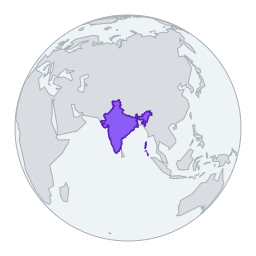 globe centered on India
{"feature_id": "IND", "entity_name": "India", "entity_type": "country or territory", "adm_level": 0, "iso_a3": "IND", "parent_name": "Asia", "parent_adm1": "", "projection": "orthographic", "projection_center": [83.514, 21.122], "detail": "fine", "context": "on_globe", "style": "filled", "palette": "violet", "viewbox_px": 256, "rotation_deg": 0, "n_neighbors": 0, "source": "natural_earth", "source_scale": "50m", "svg_char_len": 15723}
<svg xmlns="http://www.w3.org/2000/svg" viewBox="0 0 256 256"><circle cx="128" cy="128" r="113" fill="#eef3f6" stroke="#a8b0b8"/><path d="M169.0,23.1L170.4,23.7L175.4,25.9L171.9,24.4L183.6,30.2L188.9,33.8L181.0,28.8L178.6,27.7L181.3,29.5L179.5,28.8L179.7,29.3L177.3,28.4L172.9,26.0L171.2,25.4L173.2,26.8L172.0,27.0L169.4,25.0L167.1,25.3L159.2,22.0L154.1,18.8L147.7,17.4L139.3,15.9L149.4,17.4L159.3,19.8L169.0,23.1ZM136.5,15.7L136.3,15.7L135.7,15.6L136.5,15.7ZM126.6,15.4L126.4,15.4L128.0,15.4L127.9,15.5L126.4,15.5L124.7,15.4L125.2,15.4L123.9,15.4L126.6,15.4ZM123.4,15.5L123.0,15.5L122.4,15.5L123.4,15.5ZM120.8,15.6L120.6,15.6L117.2,15.9L120.8,15.6ZM179.5,27.9L177.8,27.0L180.1,28.2L179.5,27.9ZM180.2,29.6L181.2,30.1L180.9,30.2L180.2,29.6ZM177.0,29.0L176.1,29.2L176.2,28.6L177.0,29.0ZM175.1,29.0L173.2,29.7L175.3,30.8L168.2,28.3L172.2,28.3L171.9,27.3L173.4,28.4L175.1,29.0ZM129.2,15.4L127.4,15.4L130.3,15.4L129.2,15.4ZM131.0,15.4L139.9,16.0L141.7,16.3L138.4,15.9L141.9,16.5L138.4,16.3L135.7,16.0L135.2,15.8L134.2,15.9L131.0,15.4ZM164.5,26.9L163.4,26.8L163.7,26.5L164.5,26.9ZM128.1,15.5L129.8,15.5L131.5,15.7L128.5,15.8L128.9,15.7L128.1,15.5ZM144.5,16.8L145.2,17.1L142.6,17.0L138.4,16.4L144.5,16.8ZM127.7,15.6L126.9,15.8L124.7,15.8L126.7,15.5L127.7,15.6ZM133.2,15.8L133.8,15.9L132.5,15.8L133.2,15.8ZM116.5,16.4L118.4,16.1L119.5,16.2L116.5,16.4ZM126.8,15.9L127.5,15.9L128.2,16.0L127.2,16.1L126.8,15.9ZM136.9,16.4L135.6,16.4L138.4,16.8L136.5,16.9L134.2,16.3L134.4,16.6L133.8,16.7L132.5,16.2L136.9,16.4ZM128.1,16.5L124.4,16.2L120.6,16.5L119.6,16.4L125.9,16.0L128.1,16.5ZM130.8,16.4L128.9,16.4L128.6,16.2L129.7,16.0L130.8,16.4ZM136.1,17.2L139.6,17.1L140.0,17.3L136.1,17.2ZM127.1,16.6L128.0,16.7L126.8,16.7L127.1,16.6ZM133.4,17.0L134.6,16.9L135.0,17.1L133.4,17.0ZM128.8,17.1L127.6,16.9L128.3,16.7L128.8,17.1ZM131.0,17.1L131.3,17.3L129.3,16.8L131.4,17.0L131.0,17.1ZM133.6,17.2L134.3,17.2L133.1,17.2L133.6,17.2ZM126.8,18.0L124.1,17.4L125.7,16.9L128.1,17.5L126.8,18.0ZM25.9,80.3L36.6,66.9L36.2,70.0L41.9,73.1L42.1,74.7L38.4,79.3L40.2,90.2L44.5,87.0L49.2,94.3L54.3,96.4L61.5,87.3L53.2,83.5L54.8,78.1L63.9,77.1L71.6,80.9L72.5,79.0L70.2,72.9L74.5,70.5L69.6,70.6L69.7,73.0L66.6,73.3L66.4,71.2L68.0,70.3L66.4,68.6L59.4,73.7L58.7,76.7L52.9,75.2L51.2,80.1L48.7,81.5L50.7,73.6L52.5,71.4L54.0,62.3L51.5,64.4L50.0,73.3L49.3,72.1L46.0,75.6L48.0,72.0L50.4,62.2L46.9,61.2L37.9,67.7L36.8,67.0L38.0,63.6L45.8,54.8L47.3,57.6L50.1,55.0L53.7,50.0L53.8,51.4L55.5,49.9L56.5,50.9L61.6,48.7L63.2,49.6L68.9,45.5L70.5,45.5L66.7,47.8L64.8,50.1L69.2,52.9L71.1,52.5L74.5,49.8L75.2,51.1L77.9,48.1L82.2,48.8L79.3,45.6L83.2,42.8L87.7,41.7L88.5,40.4L81.0,42.2L78.5,43.6L77.2,45.6L69.9,49.4L67.6,49.2L73.2,43.5L70.6,42.8L76.1,39.0L93.0,35.4L98.1,36.0L98.9,42.4L95.5,43.7L93.6,41.8L92.0,46.0L93.7,44.4L94.4,45.7L98.3,43.8L98.9,44.7L101.5,41.5L102.7,42.4L101.0,44.3L107.8,42.7L111.3,44.2L112.6,43.4L112.9,42.2L117.1,45.1L117.8,44.5L116.7,43.3L117.4,41.3L120.3,39.0L121.6,40.1L120.7,41.1L120.9,45.0L118.4,47.7L119.2,48.0L121.7,45.9L121.5,41.1L122.9,39.4L123.5,41.6L123.4,40.7L124.5,40.2L126.8,40.9L126.3,38.6L136.5,33.4L142.0,34.7L141.4,36.9L149.9,35.6L155.4,37.8L154.4,36.5L157.8,35.5L156.1,34.8L155.8,34.1L163.7,32.1L166.6,32.7L168.8,31.1L168.3,30.6L166.3,29.9L168.2,28.3L175.3,30.8L176.2,31.9L180.1,33.1L181.5,35.5L184.4,38.2L183.7,40.7L186.1,42.9L187.4,43.2L191.6,46.7L195.9,53.7L186.8,46.8L179.3,37.7L181.9,41.1L179.6,40.1L179.6,41.3L181.5,44.0L182.8,44.4L177.5,48.8L179.0,56.8L182.9,55.9L186.4,58.2L191.5,68.2L188.2,83.2L192.8,87.7L193.8,90.9L191.4,93.2L189.8,88.5L186.4,87.2L185.9,84.4L181.4,87.1L180.5,83.3L177.5,87.5L179.8,90.4L184.1,89.2L181.8,94.9L187.5,99.9L189.3,106.4L183.6,118.9L176.1,123.3L175.8,125.4L172.2,123.3L168.3,127.8L175.7,139.1L175.8,142.6L169.1,149.6L168.8,147.1L159.3,141.5L158.1,149.7L165.3,156.0L167.8,163.6L162.5,161.5L159.9,154.8L156.6,152.6L157.0,145.5L153.4,135.1L148.1,137.3L148.1,133.0L142.3,124.4L134.3,127.2L122.0,138.2L120.9,149.0L116.4,153.4L109.2,137.5L108.2,126.9L104.2,127.5L98.0,117.9L83.3,115.2L82.5,112.2L79.4,113.0L75.2,109.3L74.4,104.5L71.3,104.1L73.9,116.8L77.4,117.3L82.0,113.6L81.9,117.9L86.1,122.5L77.1,131.0L57.3,135.3L57.4,127.1L53.1,102.1L54.4,99.9L54.5,99.6L54.5,99.1L52.0,102.5L52.0,97.8L52.1,114.5L51.2,121.2L57.0,135.7L55.9,136.7L58.4,140.0L69.0,139.6L68.6,142.3L62.3,153.1L49.6,165.5L52.5,176.8L53.6,185.5L48.3,188.8L51.5,195.7L49.2,196.7L50.9,200.3L50.5,203.0L49.0,204.6L43.4,201.1L40.9,197.6L34.8,189.2L25.5,170.2L24.6,163.6L23.1,157.2L19.4,140.7L20.0,133.7L19.6,129.7L18.3,128.9L18.0,124.1L17.5,123.0L15.7,119.0L15.8,118.4L16.7,110.6L18.2,102.8L20.3,95.1L22.8,87.6L25.9,80.3ZM29.4,76.0L28.3,77.8L29.4,76.0ZM77.7,90.5L83.7,92.6L84.6,85.7L87.0,86.0L86.5,83.7L84.7,85.2L83.9,79.0L87.8,78.0L88.9,75.3L87.0,74.5L79.9,77.3L81.0,86.0L78.1,88.2L77.7,90.5ZM63.6,41.4L62.7,42.7L60.5,44.1L58.5,43.9L61.7,41.8L63.6,41.4ZM61.9,44.5L68.0,39.3L69.5,39.6L67.6,40.2L68.0,40.9L65.1,42.3L60.5,47.9L58.2,49.5L55.8,47.6L57.9,47.2L58.7,45.7L61.9,44.5ZM81.1,28.6L83.7,27.2L83.4,29.4L81.0,30.6L78.9,30.2L80.5,28.6L81.1,28.6ZM113.8,16.3L113.3,16.3L112.4,16.4L113.8,16.3ZM110.4,16.7L111.4,16.6L116.5,16.0L122.9,15.5L124.2,15.6L123.5,15.8L122.2,16.0L121.7,15.8L120.3,16.1L118.6,16.0L117.3,16.2L108.3,17.2L109.0,17.0L102.8,18.3L102.4,18.3L110.4,16.7ZM114.2,22.5L114.2,21.5L111.0,23.5L109.3,22.8L109.1,23.1L106.6,23.1L103.2,23.7L102.9,23.3L101.7,23.8L100.0,23.9L98.3,24.4L97.1,23.9L94.8,24.6L95.5,24.0L92.0,25.3L94.1,24.2L92.2,24.5L91.2,25.4L88.9,23.2L86.4,23.6L83.1,24.8L87.1,23.1L92.7,21.1L98.5,19.5L100.4,19.6L101.8,19.0L103.2,18.9L101.5,19.4L104.9,18.6L105.5,18.7L110.7,18.3L115.3,17.4L117.3,17.4L115.8,17.8L118.8,17.5L117.4,18.3L118.8,18.4L118.8,19.4L115.1,20.4L117.0,20.4L117.1,21.4L114.2,22.5ZM126.6,18.3L122.7,19.3L119.8,19.5L121.0,17.7L119.9,17.5L120.6,16.6L124.8,16.4L124.2,16.6L124.6,16.8L123.2,16.8L124.6,17.0L123.9,17.4L124.8,17.7L123.3,17.9L126.6,18.3ZM44.2,73.6L44.8,74.3L46.0,74.9L43.9,77.3L44.2,73.6ZM45.7,66.9L46.4,67.0L44.1,70.4L43.6,69.7L45.7,66.9ZM48.8,64.4L46.6,66.8L47.5,65.1L48.8,64.4ZM67.5,47.9L68.6,48.1L67.9,48.8L66.5,49.6L67.5,47.9ZM104.4,29.4L104.9,28.5L105.7,28.4L108.6,26.8L110.1,27.3L109.0,28.5L104.4,29.4ZM59.0,88.4L56.4,89.6L56.1,88.4L57.1,88.2L59.0,88.4ZM48.9,83.3L50.3,85.7L48.4,83.9L48.9,83.3ZM106.6,29.7L107.6,28.9L107.7,29.7L106.6,29.7ZM111.4,27.6L111.9,28.4L110.7,27.2L111.4,27.6ZM109.3,232.8L111.3,233.7L109.5,233.6L109.3,232.8ZM68.7,188.4L67.4,201.9L63.1,200.8L60.5,196.2L59.8,187.6L64.2,186.3L65.9,182.7L68.7,188.4ZM192.4,178.1L195.2,178.0L195.0,178.5L192.4,178.1ZM189.6,176.9L192.8,176.5L189.0,178.0L189.6,176.9ZM194.1,176.4L197.3,174.9L198.8,173.9L198.4,174.9L194.1,176.4ZM187.4,177.3L174.8,178.7L169.6,177.9L170.9,176.1L179.2,175.7L187.4,177.3ZM170.5,176.1L162.6,171.7L150.9,157.5L155.1,157.6L167.1,165.9L166.4,167.5L171.2,171.0L170.5,176.1ZM189.4,164.7L188.6,169.5L181.7,170.0L178.6,169.6L176.4,163.9L177.6,160.7L180.3,160.5L189.9,148.9L193.4,150.9L190.6,155.7L193.4,159.4L189.4,164.7ZM121.5,150.0L124.3,156.4L121.8,157.4L121.5,150.0ZM193.4,141.0L189.8,146.1L192.9,139.5L193.4,141.0ZM194.9,134.8L195.4,137.2L193.6,135.1L194.9,134.8ZM176.2,128.7L173.4,129.5L173.1,127.8L176.5,125.8L176.2,128.7ZM190.7,112.0L191.4,116.9L191.2,118.7L189.6,115.9L190.7,112.0ZM120.9,35.3L115.1,36.8L111.9,38.7L111.7,40.9L109.5,38.7L114.4,35.7L120.9,35.3ZM134.5,33.4L134.6,31.9L136.2,32.3L136.4,32.8L134.5,33.4ZM133.4,32.6L130.5,31.2L131.7,30.2L133.7,31.5L133.4,32.6ZM118.4,29.9L116.5,30.2L116.5,29.5L118.4,29.9ZM200.4,214.0L202.9,211.3L205.0,209.8L202.0,212.7L200.4,214.0ZM199.2,206.1L180.2,215.7L176.7,215.7L178.9,213.0L178.3,205.9L179.6,205.8L180.4,200.6L192.3,193.8L201.3,183.0L206.4,182.3L211.2,174.5L216.0,173.5L213.7,179.3L217.7,181.2L222.9,168.0L222.8,179.6L224.0,182.6L221.4,189.7L210.0,204.7L205.8,208.6L206.1,207.8L204.1,209.6L202.5,210.1L203.9,206.7L201.8,208.5L204.8,205.0L201.3,208.4L201.5,206.3L199.2,206.1ZM231.9,171.5L232.3,170.4L232.3,170.5L231.9,171.5ZM235.8,160.8L235.7,161.0L236.2,159.5L235.8,160.7L235.8,160.8ZM236.3,155.9L236.6,155.0L236.6,155.4L236.3,155.9ZM199.2,177.3L203.2,173.0L205.2,172.3L199.2,177.3ZM236.3,154.8L235.8,155.2L236.0,154.4L236.3,154.8ZM236.5,153.1L236.6,152.2L236.6,154.2L236.5,153.1ZM235.8,151.9L236.3,153.0L235.7,152.2L235.8,151.9ZM235.4,152.5L235.0,152.2L235.0,151.8L235.4,152.5ZM228.1,158.3L230.1,162.8L228.0,163.7L225.9,161.3L223.4,165.6L218.3,166.9L219.7,164.4L219.2,161.4L213.4,161.8L212.2,160.0L214.5,158.0L210.4,157.4L214.9,155.3L216.5,159.2L219.0,155.0L222.9,154.6L226.4,154.7L228.8,156.7L228.1,158.3ZM214.5,164.9L215.3,164.7L214.5,166.1L214.5,164.9ZM234.1,150.6L234.7,152.1L234.6,152.7L234.2,152.7L234.1,150.6ZM229.4,155.7L232.2,150.8L232.7,150.5L230.8,155.5L229.4,155.7ZM231.7,148.8L232.8,148.6L233.3,150.3L233.0,151.0L231.7,148.8ZM205.4,163.1L205.2,164.4L203.9,163.7L205.4,163.1ZM207.0,162.1L210.6,162.5L206.7,163.2L207.0,162.1ZM195.3,160.1L196.4,162.8L200.1,160.3L197.3,163.5L199.6,167.7L198.7,169.7L196.4,165.0L195.3,170.4L193.7,170.6L192.9,166.2L194.7,160.4L196.4,157.8L202.9,155.7L195.3,160.1ZM207.1,158.6L206.1,155.4L206.8,153.0L207.9,154.5L207.1,158.6ZM202.8,147.9L199.9,144.4L197.4,146.4L202.1,140.0L204.3,144.3L202.8,147.9ZM199.9,139.6L197.7,141.4L199.8,137.8L199.9,139.6ZM196.9,140.2L196.4,137.5L198.3,137.5L196.9,140.2ZM201.2,139.5L201.2,134.8L202.4,137.3L201.2,139.5ZM194.9,131.5L199.5,135.3L194.0,134.3L192.6,125.3L194.8,124.7L194.9,131.5ZM200.1,93.4L198.9,91.0L200.6,90.1L200.9,92.0L200.1,93.4ZM205.0,85.7L200.6,89.1L196.9,92.2L198.6,93.1L198.8,97.5L195.6,93.9L197.4,88.7L200.4,87.2L199.8,83.7L201.3,80.9L199.2,76.8L199.6,74.7L202.3,78.1L205.0,85.7ZM198.2,75.1L195.2,67.9L198.9,68.2L200.4,69.9L200.3,72.9L198.3,72.5L198.2,75.1ZM195.6,66.3L193.7,66.0L185.2,56.5L184.3,54.7L192.8,61.6L191.4,61.7L192.8,64.1L195.6,66.3ZM164.3,27.4L163.5,26.9L164.7,27.2L164.3,27.4ZM154.8,33.8L154.7,33.0L156.2,33.3L154.8,33.8ZM155.2,31.0L153.6,31.2L154.7,30.5L155.2,31.0ZM150.1,31.9L152.7,31.1L151.0,32.5L150.1,31.9Z" fill="#d9dde1" stroke="#a8b0b8" stroke-width="1"/><path d="M100.7,121.3L101.1,121.2L101.7,121.2L101.8,120.6L102.0,120.6L103.2,120.7L103.6,121.0L104.0,120.9L104.9,120.6L105.0,120.6L105.0,120.9L105.2,121.0L105.9,120.7L105.8,120.3L105.9,120.1L105.4,118.6L105.4,118.2L104.7,118.0L104.5,117.6L104.7,116.4L103.7,115.9L103.8,115.2L104.5,114.5L105.0,113.8L105.4,113.5L105.8,113.7L105.9,114.1L106.0,114.2L107.9,113.8L108.1,113.4L108.4,113.1L108.9,112.4L109.9,111.9L110.5,110.9L110.8,110.2L111.6,109.9L111.8,109.7L111.8,109.3L112.6,108.4L113.1,108.2L112.9,107.9L113.1,107.4L113.0,106.9L113.1,106.7L114.4,106.0L114.3,105.7L113.4,105.4L113.4,104.9L112.9,104.8L112.9,104.4L112.4,104.0L112.7,103.4L112.5,103.0L113.0,102.6L112.4,102.3L112.6,102.0L112.3,101.7L112.6,101.2L113.2,101.0L115.4,101.6L116.0,101.3L116.8,101.2L117.5,100.8L117.6,100.6L118.9,99.9L119.3,99.9L119.2,100.4L119.6,101.6L120.2,101.8L120.6,102.2L120.6,102.4L120.2,102.8L120.3,103.7L120.8,104.4L120.7,104.6L120.9,104.8L120.9,105.7L120.4,105.9L120.0,105.5L119.5,105.6L119.7,106.2L120.0,106.7L120.0,107.1L120.1,107.4L120.0,107.6L120.0,107.9L120.4,107.9L120.5,107.8L121.2,108.6L121.7,108.7L122.3,109.0L122.4,109.5L123.2,109.8L123.7,110.3L122.7,111.1L122.4,111.7L122.4,112.1L122.1,112.5L122.1,112.8L122.7,113.3L123.0,113.2L125.1,114.8L125.3,114.7L126.2,115.1L126.5,115.1L126.6,115.4L127.6,115.7L127.9,115.6L128.6,115.7L129.0,115.5L129.9,115.9L130.1,116.4L130.8,116.7L131.0,116.9L131.6,116.8L131.8,116.9L132.0,117.2L132.4,117.1L133.6,117.5L134.2,117.3L134.3,117.5L134.6,117.6L134.9,117.5L135.6,117.5L135.9,117.6L136.2,116.9L135.8,116.1L136.1,114.9L136.0,114.6L136.8,114.2L137.2,114.3L137.3,114.6L137.1,115.3L137.4,115.7L137.1,116.0L137.4,116.4L137.9,116.6L138.2,116.6L139.0,116.8L139.6,116.7L140.0,116.4L140.6,116.6L141.6,116.5L141.8,116.4L142.3,116.5L142.8,116.4L142.9,116.2L142.8,115.9L142.9,115.5L142.7,115.2L142.3,115.2L142.0,115.0L142.1,114.6L142.7,114.6L142.9,114.5L143.6,114.3L143.9,114.1L143.8,113.9L144.4,113.4L144.7,112.8L145.6,112.5L145.9,112.2L146.0,112.0L146.9,111.3L147.2,111.5L148.3,111.7L148.4,111.4L149.3,110.9L149.6,111.2L149.8,111.2L149.5,111.5L149.5,111.9L150.0,111.6L150.3,112.1L149.9,112.8L150.1,112.9L150.4,112.7L150.7,112.8L151.2,112.8L151.7,113.1L151.8,113.6L151.1,114.3L151.6,115.2L151.3,115.2L150.9,114.9L150.0,115.1L148.3,116.5L148.2,117.0L148.4,117.6L148.1,118.3L147.5,119.1L147.5,119.3L147.8,119.6L147.2,121.1L147.0,122.0L146.2,121.7L145.8,121.8L145.5,121.7L145.7,122.4L145.7,123.5L145.4,123.7L145.3,124.3L145.5,125.3L145.3,125.4L145.1,125.8L144.7,125.5L144.5,125.8L144.2,124.5L144.0,124.0L143.7,122.5L143.1,122.6L143.1,122.9L142.8,123.4L142.8,123.8L142.6,124.0L142.4,123.9L142.3,123.6L142.2,123.6L142.2,123.8L141.7,122.8L141.8,122.2L142.1,121.8L142.9,121.6L143.1,121.2L143.3,121.1L143.5,120.2L143.9,120.2L143.1,119.6L140.3,119.8L139.2,119.6L139.1,118.3L138.8,117.8L138.7,117.9L138.6,118.2L138.3,118.2L138.0,118.0L137.7,117.5L137.6,117.8L137.4,117.8L137.1,117.7L137.0,117.4L136.5,117.2L136.5,117.3L136.7,117.6L136.2,118.1L136.1,118.5L136.8,119.2L137.3,119.3L137.7,119.7L137.4,119.9L136.8,119.9L136.6,120.5L136.3,120.4L136.1,121.0L136.3,121.3L137.3,121.7L137.3,122.2L137.1,122.8L137.4,123.3L137.4,123.7L137.8,123.8L137.6,124.1L138.1,125.6L138.0,126.2L137.9,126.2L138.1,126.8L137.8,126.8L137.7,126.6L137.6,126.9L137.4,126.6L137.5,126.1L137.3,125.9L137.3,126.8L137.0,126.9L136.7,126.6L136.7,126.9L136.4,126.9L136.5,125.9L136.1,125.6L136.0,125.4L136.1,125.7L136.5,125.9L136.1,126.5L135.6,126.9L134.6,127.2L134.1,127.7L134.1,128.0L134.4,128.8L134.0,129.5L133.5,129.8L133.3,130.1L133.0,130.1L133.0,130.4L131.8,130.8L131.7,130.8L131.8,130.7L131.7,130.4L131.2,130.7L131.1,131.0L131.4,130.8L131.6,130.9L130.3,131.9L129.1,133.6L128.3,134.0L127.4,134.9L125.8,135.9L125.7,136.2L125.8,136.5L125.6,137.0L124.7,137.4L123.8,137.4L123.2,138.5L122.9,138.5L122.8,138.3L122.6,138.2L121.9,138.6L121.5,139.3L121.4,139.8L121.7,141.0L121.5,141.5L121.9,142.9L121.6,142.5L121.4,142.7L121.9,143.2L121.7,144.5L121.0,145.8L120.8,146.6L120.8,146.8L120.6,147.1L120.8,147.1L120.9,147.3L120.9,149.0L120.3,149.0L119.9,149.1L119.8,149.6L119.1,150.4L119.1,150.7L119.3,150.9L120.0,151.2L119.2,151.0L118.1,151.3L117.7,151.7L117.4,152.7L116.4,153.2L115.5,152.7L114.5,151.5L114.1,150.5L114.0,149.5L114.2,150.3L114.4,150.3L114.2,149.6L113.9,149.2L113.0,146.7L112.7,146.0L112.1,145.3L111.6,144.3L111.3,143.3L111.2,142.1L110.7,140.5L109.9,139.3L109.7,138.7L109.9,138.7L109.6,138.3L109.8,138.2L109.5,138.1L108.9,136.5L108.7,134.2L108.3,132.2L108.6,131.5L108.5,131.2L108.3,131.6L108.2,131.3L108.3,130.9L108.6,131.0L108.2,130.8L108.3,130.5L108.1,130.4L108.1,129.9L108.6,128.2L108.5,127.4L108.3,127.2L108.2,126.8L108.4,126.6L108.2,126.7L109.1,126.1L108.1,126.2L108.2,125.8L108.4,125.7L108.1,125.6L108.2,125.3L108.6,125.2L107.5,125.0L107.7,125.4L107.2,125.9L107.5,126.1L107.5,126.5L107.1,127.2L105.2,127.9L104.7,127.8L104.3,127.6L103.5,126.8L102.2,125.1L101.8,124.5L102.0,124.2L102.4,124.6L104.0,124.1L104.7,123.3L104.6,123.2L104.4,123.4L104.0,123.4L103.1,123.7L102.4,123.5L101.4,122.7L101.1,121.9L101.8,121.4L100.8,121.8L100.7,121.3ZM145.7,146.2L145.3,145.6L145.5,145.0L145.7,144.9L145.6,144.3L145.8,142.7L145.9,142.4L146.2,142.3L146.2,142.6L146.2,142.9L145.9,143.5L146.0,143.7L146.1,144.3L145.9,144.5L145.9,144.9L145.7,145.4L145.8,145.6L145.7,146.2ZM148.2,154.9L148.0,155.3L147.7,154.8L147.7,154.5L148.0,154.4L148.2,154.9ZM145.3,148.2L145.0,148.2L145.0,147.8L145.3,147.5L145.4,147.9L145.3,148.2ZM147.2,153.2L147.1,152.9L147.2,153.2ZM147.4,152.9L147.3,152.5L147.4,152.9ZM147.8,154.2L147.6,154.4L147.7,154.1L147.8,154.2ZM146.0,150.8L145.8,150.8L145.9,150.7L146.0,150.8ZM145.6,146.5L145.4,146.5L145.5,146.3L145.6,146.5ZM146.2,145.2L146.3,145.5L146.1,145.3L146.2,145.2ZM146.6,152.3L146.7,152.6L146.6,152.3ZM145.6,143.5L145.5,143.8L145.5,143.5L145.6,143.5Z" fill="#8b5cf6" stroke="#5b21b6" stroke-width="1.5"/></svg>